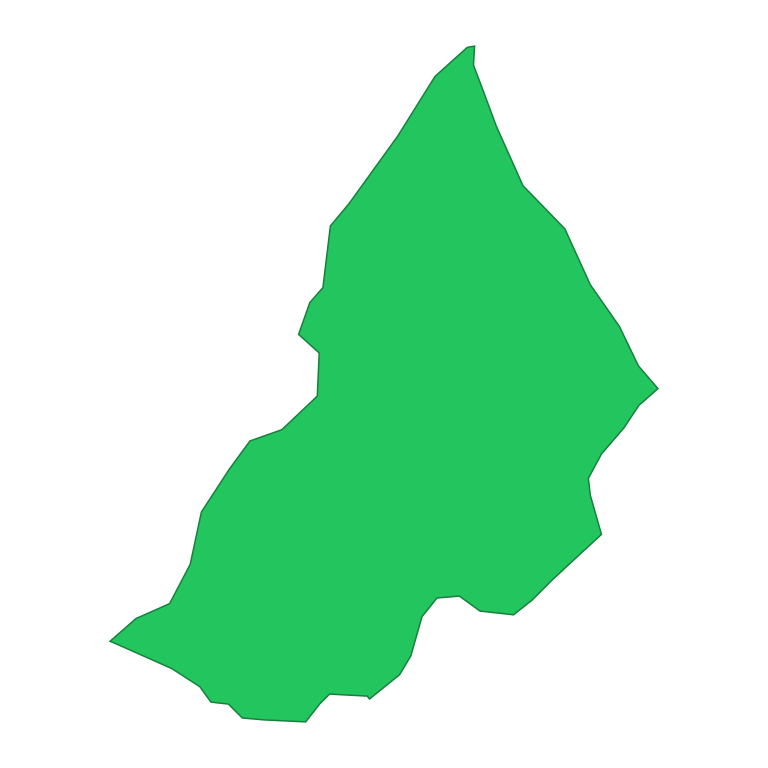 the district of Hedemora, Dalarna, Sweden
{"feature_id": "70781695B75139337401174", "entity_name": "Hedemora", "entity_type": "district", "adm_level": 2, "iso_a3": "SWE", "parent_name": "Sweden", "parent_adm1": "Dalarna", "projection": "mercator", "projection_center": [16.062, 60.408], "detail": "fine", "context": "isolated", "style": "filled", "palette": "green", "viewbox_px": 768, "rotation_deg": 0, "n_neighbors": 0, "source": "geoboundaries", "source_scale": "gbopen_adm2", "svg_char_len": 810}
<svg xmlns="http://www.w3.org/2000/svg" viewBox="0 0 768 768"><path d="M474.6,46.1L467.2,47.4L435.1,76.3L397.7,136.1L349.1,203.5L330.4,225.9L322.9,287.6L309.8,302.6L298.6,334.4L319.2,353.0L317.3,396.1L281.8,429.7L250.0,440.9L229.4,469.0L201.4,512.0L190.2,564.3L169.6,603.6L135.9,618.6L110.0,641.3L112.6,642.3L171.8,668.6L199.8,686.7L210.9,702.1L228.4,704.1L242.3,718.0L264.1,719.9L305.7,721.9L319.6,704.1L329.5,694.1L367.2,696.1L369.5,699.0L399.6,674.7L410.8,656.0L422.0,616.7L437.0,598.0L459.4,596.1L480.0,611.1L513.6,614.8L532.3,599.9L552.9,579.3L579.1,555.0L601.5,534.4L590.3,495.2L588.4,478.3L601.5,454.0L624.0,427.8L638.9,405.4L658.0,388.6L638.5,366.0L619.5,326.6L590.3,284.7L564.9,228.9L523.0,185.7L496.3,126.1L483.6,91.8L473.5,65.1L474.6,46.1Z" fill="#22c55e" stroke="#15803d" stroke-width="1.5"/></svg>